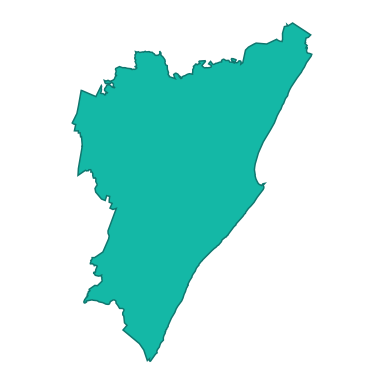 eThekwini, KwaZulu-Natal, South Africa
{"feature_id": "47623444B60178842862169", "entity_name": "eThekwini", "entity_type": "district", "adm_level": 2, "iso_a3": "ZAF", "parent_name": "South Africa", "parent_adm1": "KwaZulu-Natal", "projection": "albers", "projection_center": [30.82, -29.885], "detail": "fine", "context": "isolated", "style": "filled", "palette": "teal", "viewbox_px": 384, "rotation_deg": 0, "n_neighbors": 0, "source": "geoboundaries", "source_scale": "gbopen_adm2", "svg_char_len": 5777}
<svg xmlns="http://www.w3.org/2000/svg" viewBox="0 0 384 384"><path d="M311.8,54.3L309.8,53.5L307.6,53.1L306.8,52.1L306.5,50.0L307.3,48.2L307.2,47.6L305.9,47.8L306.7,46.0L307.1,45.6L305.0,43.4L305.3,43.0L305.1,43.0L306.0,38.1L308.4,37.3L310.7,34.9L292.6,23.0L288.2,25.8L287.0,24.6L287.3,26.0L284.4,26.6L282.5,33.4L282.6,39.7L282.3,40.1L282.1,41.5L280.0,41.3L277.2,39.9L276.7,39.3L266.7,44.0L256.1,43.1L253.9,44.1L248.5,47.1L245.5,50.1L242.8,62.7L240.8,64.2L241.1,62.1L240.6,61.1L239.1,60.8L237.6,62.5L236.7,62.8L235.6,62.6L235.3,62.3L235.3,61.4L236.0,60.3L236.0,59.7L233.1,58.7L231.7,58.6L231.3,59.2L231.9,60.7L233.9,61.9L234.1,62.9L232.2,62.2L229.8,62.1L228.7,60.4L225.7,60.5L224.5,59.5L223.3,59.2L221.6,60.3L221.6,61.8L219.6,62.2L217.0,63.2L215.5,63.4L214.5,64.2L213.4,64.4L212.5,64.0L210.6,61.4L209.3,62.8L208.6,63.9L211.2,65.4L211.4,66.0L211.0,67.1L209.5,67.6L207.0,67.8L206.2,67.6L204.8,67.9L204.2,67.7L202.4,66.3L202.0,65.4L205.1,61.9L205.4,61.4L205.1,60.7L199.4,61.1L198.9,61.8L199.9,63.5L198.4,63.9L197.5,64.7L197.0,64.7L196.1,64.0L195.5,64.1L194.6,65.6L193.6,66.1L193.4,66.6L193.8,67.7L192.7,69.7L192.8,70.8L192.7,72.6L192.4,73.1L192.5,74.2L189.5,73.7L187.9,74.1L186.3,74.8L185.4,75.5L183.2,76.2L182.2,76.9L181.9,78.0L181.5,78.4L181.2,78.3L180.9,77.2L180.2,76.6L180.2,77.7L179.1,76.5L179.2,75.9L177.8,74.1L176.0,73.2L175.2,73.3L174.6,74.0L173.7,74.4L174.6,77.8L175.1,78.6L169.4,76.7L169.4,76.2L168.1,74.3L168.5,72.6L167.4,69.4L167.2,65.6L165.9,65.1L164.9,62.8L165.2,61.5L164.9,59.8L163.0,57.0L161.0,55.2L160.9,52.9L159.6,51.1L159.9,52.6L159.5,54.3L158.0,55.4L157.2,55.2L156.1,55.5L155.1,55.1L154.2,53.8L153.7,53.7L152.2,52.3L149.9,52.2L149.7,51.8L149.0,51.6L146.8,51.9L145.7,51.7L145.2,51.3L143.4,52.2L143.0,51.9L139.7,52.5L138.2,51.7L137.1,52.2L135.5,51.6L136.0,53.6L135.0,54.8L135.2,57.1L134.7,57.9L135.0,59.1L135.7,59.8L135.6,60.7L135.1,61.3L136.6,65.2L136.2,65.9L135.1,66.5L135.4,67.0L136.7,67.4L136.6,68.3L134.9,69.4L133.8,69.2L132.2,69.5L131.6,69.4L131.8,69.1L131.1,68.7L127.3,68.3L125.1,67.7L122.6,67.7L119.5,66.6L115.7,68.5L115.5,69.4L116.2,71.0L115.9,72.6L115.5,73.4L115.4,74.9L115.6,75.2L116.2,75.1L116.5,75.5L115.4,76.5L114.2,79.3L112.5,80.4L110.0,81.3L108.3,80.4L107.7,80.4L106.0,81.1L104.3,80.4L105.1,82.9L105.8,83.6L110.6,83.4L111.4,82.3L112.4,82.8L113.5,84.0L113.2,86.4L114.6,87.4L114.5,87.7L114.0,87.7L112.4,87.3L109.5,84.8L108.3,84.8L106.7,85.4L106.2,86.7L104.8,88.5L104.5,89.9L104.7,90.7L107.4,92.7L107.0,93.1L106.3,92.9L105.5,93.2L105.5,94.7L104.7,94.9L103.0,93.6L101.5,93.6L100.6,93.3L101.2,91.5L101.5,89.6L101.3,88.1L101.6,86.3L101.3,85.6L95.9,96.6L81.8,90.5L81.2,90.4L78.4,106.2L76.9,113.5L72.2,123.0L73.6,124.0L75.7,124.5L74.4,130.8L78.3,130.9L78.4,133.0L80.1,132.8L80.6,136.8L81.5,136.6L82.3,146.1L81.8,146.2L82.0,147.6L78.4,168.5L78.0,175.4L85.4,170.3L86.4,170.9L86.8,170.7L88.2,170.8L88.6,170.5L88.9,169.7L90.7,169.7L91.0,170.4L90.9,172.0L91.5,171.9L92.1,172.2L92.9,173.8L92.7,175.2L93.4,178.0L94.2,178.2L94.9,177.7L95.3,177.8L95.9,178.8L95.8,181.6L97.0,184.0L97.1,185.0L96.9,185.7L96.4,186.0L95.0,188.5L95.7,192.1L101.5,199.0L105.2,200.5L106.7,195.6L109.7,196.4L109.2,200.2L109.2,202.2L112.1,203.4L110.0,208.1L112.9,209.5L116.3,208.4L108.0,230.9L108.1,233.4L109.2,235.9L108.6,238.9L102.9,252.0L94.6,257.6L92.1,257.6L92.1,259.0L91.7,259.7L90.8,260.4L91.1,261.1L90.3,263.3L90.4,263.8L91.0,263.9L92.4,263.6L93.5,264.6L94.0,264.6L94.3,265.7L95.8,265.2L96.4,265.7L97.0,265.8L97.2,266.3L95.7,269.9L95.5,272.1L95.2,272.4L94.6,272.1L93.9,272.3L93.7,272.6L93.7,273.4L94.3,273.7L95.3,275.3L98.5,276.1L99.9,275.9L101.6,275.1L101.4,276.8L102.0,277.6L101.8,278.9L102.1,280.1L102.0,281.2L97.4,285.7L94.8,285.4L89.2,289.3L89.2,290.1L89.9,290.7L89.3,291.5L88.4,291.7L87.9,293.7L87.3,294.2L87.9,295.5L87.7,295.9L87.1,295.8L87.0,296.1L87.3,296.8L86.3,297.2L85.7,298.4L84.8,299.4L83.9,301.6L83.9,302.2L84.2,302.8L84.7,303.0L85.4,302.8L86.5,302.0L86.3,301.3L86.5,301.0L92.2,299.8L92.9,300.2L97.2,300.7L98.9,301.8L102.7,302.6L105.9,304.1L108.2,304.4L109.4,303.9L110.4,301.6L113.0,300.0L114.2,299.9L115.7,300.7L116.1,302.4L116.0,303.0L117.9,305.5L119.6,308.4L122.6,308.5L123.6,309.1L124.0,309.8L123.9,310.6L122.8,312.6L122.7,314.2L123.1,315.4L123.8,316.1L124.5,322.8L127.0,325.3L123.0,330.0L139.4,343.6L143.8,350.0L147.3,360.5L148.3,359.4L148.7,359.4L148.9,359.7L149.3,359.2L149.2,359.9L149.5,360.7L149.7,360.9L149.9,360.4L150.6,361.0L155.0,354.8L156.3,353.3L157.0,353.0L157.1,352.5L156.8,351.9L156.9,350.7L157.8,349.1L159.3,347.1L160.2,344.2L160.9,342.8L163.4,340.1L163.3,337.9L163.9,335.6L165.1,333.4L165.1,332.9L165.4,332.1L165.2,331.6L165.7,331.2L165.9,329.9L166.6,329.3L166.7,328.6L168.1,326.5L168.2,325.3L171.4,318.1L174.8,312.5L176.2,308.8L177.9,306.0L181.7,300.9L182.9,298.2L184.1,294.3L185.5,291.4L185.6,290.8L186.6,287.8L187.4,286.7L187.8,285.4L188.2,285.2L188.2,284.8L187.8,284.6L188.1,283.8L189.6,280.8L192.0,277.0L192.0,276.2L192.9,274.4L195.2,271.2L196.3,268.3L197.7,266.4L198.8,265.4L198.9,264.4L201.6,261.0L202.3,260.6L202.6,259.9L211.8,250.7L214.3,248.4L215.8,247.4L217.5,245.6L218.6,245.0L221.5,241.5L221.7,240.5L222.5,239.5L225.5,237.1L226.4,236.8L226.9,235.9L228.2,234.8L228.2,234.4L230.8,230.9L233.8,226.9L236.0,224.8L235.9,224.3L236.8,223.1L243.0,216.2L244.3,214.2L245.4,213.3L245.8,212.1L248.4,208.5L251.0,205.9L254.0,202.4L257.2,197.3L263.1,189.6L263.8,188.1L263.9,186.9L263.4,186.1L263.4,184.9L264.8,183.4L262.9,183.8L261.5,185.5L259.1,184.3L258.2,183.4L257.0,181.2L255.9,178.8L255.1,175.8L255.2,175.0L254.4,169.8L254.7,167.0L255.2,163.9L258.4,152.9L263.3,141.8L270.4,130.0L274.4,122.9L277.2,115.7L279.6,111.1L280.9,109.2L282.4,105.1L283.6,103.5L285.4,98.7L287.6,95.8L288.2,93.2L289.6,89.9L291.2,86.9L297.2,77.8L301.4,72.2L302.3,70.3L304.4,67.1L306.4,62.8L311.0,56.4L311.8,54.3Z" fill="#14b8a6" stroke="#0f766e" stroke-width="1.5"/></svg>